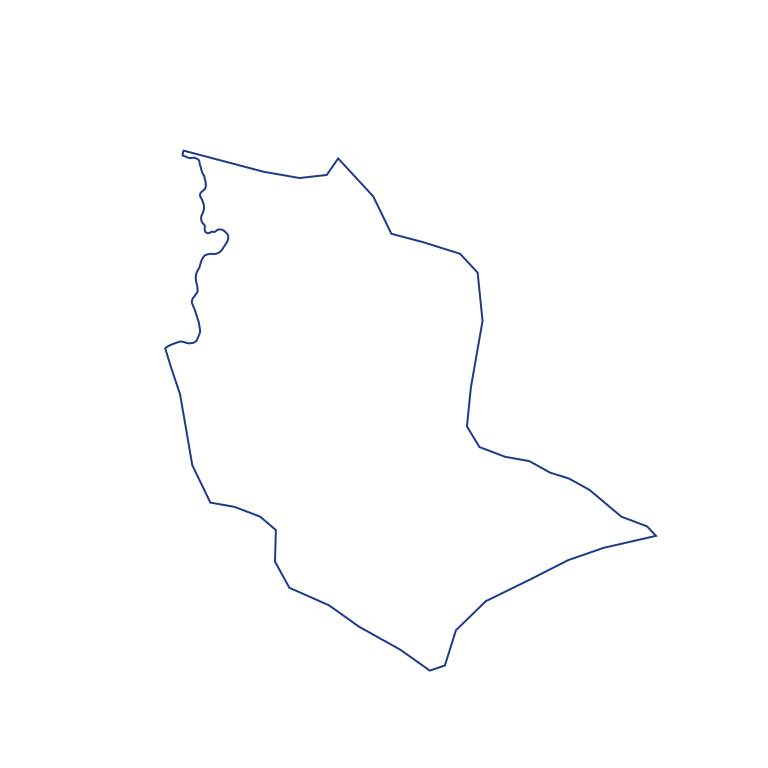 Hyesan City, Ryanggang, North Korea (orthographic projection), rotated 341°
{"feature_id": "82179303B10222488142424", "entity_name": "Hyesan City", "entity_type": "district", "adm_level": 2, "iso_a3": "PRK", "parent_name": "North Korea", "parent_adm1": "Ryanggang", "projection": "orthographic", "projection_center": [128.237, 41.362], "detail": "fine", "context": "isolated", "style": "outline", "palette": "blue", "viewbox_px": 768, "rotation_deg": 341, "n_neighbors": 0, "source": "geoboundaries", "source_scale": "gbopen_adm2", "svg_char_len": 3163}
<svg xmlns="http://www.w3.org/2000/svg" viewBox="0 0 768 768"><g transform="rotate(341 384 384)"><path d="M414.1,155.8L397.9,167.7L371.3,161.8L339.4,144.2L270.5,98.1L270.2,98.5L269.4,99.5L268.9,100.5L268.3,101.5L267.9,102.3L268.5,102.9L269.6,103.7L270.5,104.4L271.3,105.2L272.0,105.9L272.8,106.5L273.7,107.1L275.0,107.5L276.3,107.7L277.8,108.1L278.9,108.8L279.9,109.6L280.8,110.6L281.6,111.5L281.9,112.6L281.8,114.1L281.4,115.5L281.3,116.9L281.4,118.4L281.3,120.4L281.0,121.9L281.0,123.5L280.9,125.4L281.2,126.5L281.5,127.9L281.8,129.2L281.4,130.8L281.2,132.2L281.3,134.1L280.9,135.8L280.5,137.0L280.1,138.4L279.4,139.7L278.8,140.7L278.1,141.3L276.9,141.8L275.7,142.3L274.2,142.9L273.1,143.4L272.2,144.2L271.7,145.1L271.4,146.1L271.4,147.3L271.6,148.7L271.9,150.3L272.0,151.8L272.1,153.3L272.0,154.9L271.8,156.8L271.3,158.4L270.7,159.9L270.1,161.0L269.2,162.1L268.5,163.1L267.5,164.2L266.7,165.1L265.9,165.8L265.4,166.9L264.9,168.2L264.6,169.4L264.6,170.7L264.6,172.1L265.2,173.5L266.0,175.0L266.0,176.4L265.2,178.1L264.8,179.5L264.6,180.6L264.5,181.6L264.9,182.5L265.4,183.2L266.2,183.9L267.5,184.3L269.2,184.2L270.3,183.9L271.4,184.1L272.0,184.4L272.6,184.9L273.6,185.0L274.7,184.8L276.0,184.2L277.5,183.9L278.9,184.3L280.6,185.1L281.8,186.1L282.6,187.1L283.3,188.2L283.9,189.4L284.3,190.5L284.9,192.2L284.7,194.1L284.2,195.5L283.6,196.6L282.6,197.9L281.3,199.0L280.0,200.0L278.7,201.1L277.3,202.1L275.9,203.3L274.2,204.4L273.1,205.2L271.9,205.7L270.7,206.1L269.5,206.2L268.3,206.2L267.1,206.1L265.9,205.8L264.8,205.4L263.6,204.9L262.4,204.5L261.1,204.2L260.1,204.1L258.9,204.0L257.6,204.0L256.5,204.1L255.3,204.6L254.3,205.3L253.4,206.1L252.5,207.0L251.6,207.9L250.7,209.0L249.7,210.4L248.8,211.6L247.9,213.1L247.1,214.0L245.9,215.0L244.9,215.9L243.9,216.9L242.9,218.0L242.0,219.1L241.3,220.5L240.6,222.3L240.3,223.5L240.0,224.6L239.7,226.2L239.5,227.9L239.4,229.8L239.2,231.2L238.8,232.8L238.4,234.4L238.0,235.7L237.0,236.6L235.6,237.7L234.5,238.5L233.2,239.4L232.1,240.1L231.0,240.9L230.3,241.7L229.5,242.8L229.1,243.7L228.8,245.1L228.9,246.9L229.0,249.0L229.1,250.4L229.2,252.0L229.3,254.1L229.1,256.0L229.1,257.9L229.1,259.5L228.9,261.4L229.0,263.6L228.9,265.6L228.6,267.2L228.3,269.1L228.1,270.8L227.8,272.4L227.4,273.9L226.8,275.2L226.0,276.4L225.0,277.5L224.1,278.6L223.1,279.5L222.6,280.0L222.0,281.0L221.2,281.7L220.3,282.3L218.8,282.8L217.3,282.9L215.9,282.8L214.0,282.4L212.8,282.0L211.5,281.4L210.5,280.7L209.4,279.9L208.7,279.3L207.5,278.6L206.5,278.0L205.5,277.7L204.4,277.4L203.2,277.4L201.4,277.4L199.7,277.4L198.0,277.5L196.6,277.5L195.0,277.6L193.6,277.8L192.0,278.0L190.0,278.5L188.7,279.0L188.1,297.9L187.8,327.4L182.1,362.8L176.3,398.3L181.2,439.6L202.5,451.4L223.7,469.1L234.2,486.9L223.1,516.4L228.2,545.9L260.0,575.4L281.1,605.0L296.9,622.7L312.8,640.4L334.0,669.9L350.0,669.9L371.8,640.3L409.5,622.5L457.8,616.5L500.7,610.5L538.2,610.4L591.7,616.1L586.4,604.3L565.2,586.7L554.6,569.0L544.0,551.3L528.1,533.6L512.2,521.9L496.3,504.2L475.0,492.4L453.7,474.7L448.6,451.1L465.0,415.6L481.3,386.1L497.7,356.5L508.8,309.2L498.3,285.6L466.4,262.1L439.9,244.4L434.9,203.1L414.1,155.8Z" fill="none" stroke="#1e3a8a" stroke-width="2"/></g></svg>